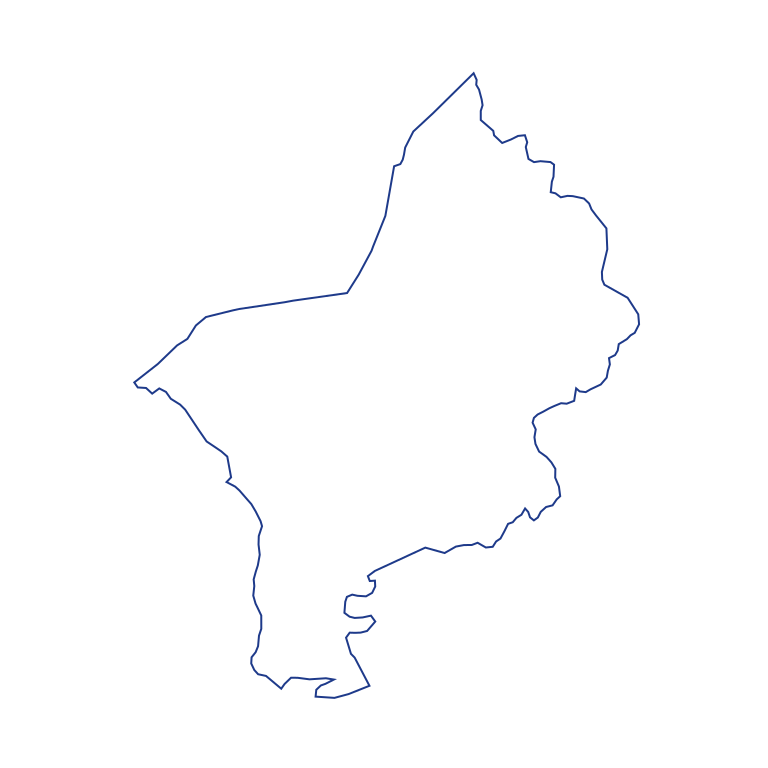 outline of Penedo, Alagoas, Brazil, rotated 5°
{"feature_id": "56859067B93481247036469", "entity_name": "Penedo", "entity_type": "district", "adm_level": 2, "iso_a3": "BRA", "parent_name": "Brazil", "parent_adm1": "Alagoas", "projection": "albers", "projection_center": [-36.472, -10.232], "detail": "fine", "context": "isolated", "style": "outline", "palette": "blue", "viewbox_px": 768, "rotation_deg": 5, "n_neighbors": 0, "source": "geoboundaries", "source_scale": "gbopen_adm2", "svg_char_len": 2593}
<svg xmlns="http://www.w3.org/2000/svg" viewBox="0 0 768 768"><g transform="rotate(5 384 384)"><path d="M453.0,82.4L449.8,77.9L449.8,73.0L446.2,66.6L409.4,109.8L391.2,129.9L384.5,146.6L383.9,153.9L383.1,158.9L381.1,163.5L375.1,166.2L370.7,216.4L361.2,247.8L360.0,252.3L349.3,277.2L339.3,296.6L286.2,308.9L277.9,311.2L233.2,321.9L227.1,323.8L200.8,332.8L191.5,342.1L184.2,356.2L174.5,363.6L157.0,383.7L135.1,404.2L139.0,408.9L147.3,408.7L153.9,413.8L160.5,408.0L167.5,410.9L172.9,417.3L182.7,422.3L188.2,426.9L203.7,446.3L212.3,456.7L223.0,462.6L227.8,465.3L234.2,470.0L239.8,490.3L235.7,495.4L244.7,499.2L249.3,502.7L258.1,511.2L262.3,515.2L267.3,522.2L273.0,531.4L274.9,536.3L272.5,546.4L273.0,554.8L275.1,565.0L274.1,575.8L272.7,581.8L271.2,590.0L272.4,596.6L272.2,606.2L275.2,614.0L277.5,617.8L281.9,625.3L283.1,638.6L281.4,645.6L281.4,656.2L279.5,662.4L275.9,667.8L276.1,674.0L279.7,680.2L283.9,684.1L291.9,685.1L308.2,696.5L311.1,691.5L317.0,684.7L323.5,684.2L335.5,684.7L351.8,682.2L359.8,682.8L351.8,687.8L347.4,689.8L343.2,694.5L343.1,701.4L362.0,701.0L375.7,696.0L395.8,685.9L378.6,659.1L374.6,655.7L368.3,640.0L371.5,634.7L376.9,634.4L382.4,633.7L388.7,631.5L396.0,621.4L391.2,615.9L383.1,618.4L375.2,619.6L370.0,618.8L364.5,615.4L364.4,604.3L365.6,599.3L370.7,596.6L376.0,597.3L384.6,597.1L390.4,593.1L392.9,586.5L392.1,580.7L387.0,581.5L384.7,576.8L391.2,571.0L439.4,543.4L459.1,547.1L469.8,539.7L477.6,537.5L485.5,536.7L491.1,534.0L499.7,538.0L506.5,536.7L509.4,531.1L513.5,527.8L516.7,520.4L519.8,512.5L524.3,510.5L527.6,505.8L532.3,502.3L535.4,495.7L538.8,498.9L541.1,504.1L545.2,506.8L548.9,503.6L551.3,497.7L556.2,492.4L562.5,490.2L566.1,483.9L569.3,480.4L567.2,470.9L562.7,462.4L562.1,453.6L557.6,447.5L552.3,442.5L544.4,437.8L540.1,430.5L538.5,423.9L539.1,416.0L535.4,409.6L536.3,404.7L539.7,401.0L545.0,397.7L550.9,393.7L555.7,391.0L562.1,387.7L567.7,387.7L574.9,384.2L575.4,376.8L575.8,371.6L579.5,374.3L585.7,374.5L590.2,371.3L600.0,365.6L605.3,358.2L605.9,351.3L607.3,344.8L605.9,338.6L611.7,335.0L613.9,330.3L614.4,323.8L622.1,318.1L625.4,314.0L629.3,311.2L632.9,302.3L631.2,292.4L619.2,276.9L594.9,265.9L592.3,261.0L591.3,253.4L594.7,230.3L592.0,209.6L580.5,197.6L575.5,192.0L572.6,186.3L567.0,181.8L555.7,180.4L550.4,180.6L543.8,182.6L538.2,179.1L533.4,178.4L533.6,167.8L534.8,162.8L534.3,150.7L530.5,148.4L520.4,148.4L514.1,149.9L508.3,147.2L504.6,135.6L505.6,130.7L502.7,123.9L495.9,125.2L489.1,129.4L480.7,133.6L476.7,130.4L472.0,126.7L470.8,122.3L457.4,112.6L456.6,103.5L457.9,97.7L456.5,92.1L453.0,82.4Z" fill="none" stroke="#1e3a8a" stroke-width="2"/></g></svg>